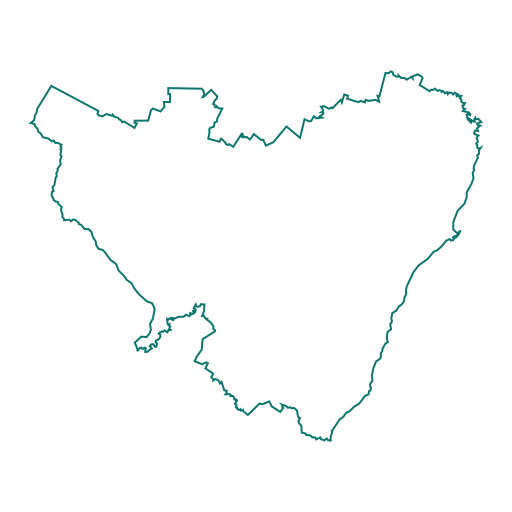 outline of Masterton District, Wellington, New Zealand
{"feature_id": "76426892B14950908560920", "entity_name": "Masterton District", "entity_type": "district", "adm_level": 2, "iso_a3": "NZL", "parent_name": "New Zealand", "parent_adm1": "Wellington", "projection": "equal_earth", "projection_center": [175.891, -40.935], "detail": "fine", "context": "isolated", "style": "outline", "palette": "teal", "viewbox_px": 512, "rotation_deg": 0, "n_neighbors": 0, "source": "geoboundaries", "source_scale": "gbopen_adm2", "svg_char_len": 6002}
<svg xmlns="http://www.w3.org/2000/svg" viewBox="0 0 512 512"><path d="M480.7,147.7L478.6,148.8L477.2,147.6L477.2,144.9L476.2,143.7L477.9,141.5L476.6,137.6L478.5,135.5L474.7,134.1L474.0,133.0L475.2,130.4L478.0,131.0L477.0,128.3L480.3,125.7L477.3,124.8L477.1,123.4L481.3,122.1L478.4,118.9L475.7,119.2L475.3,117.7L474.3,118.8L474.7,121.7L472.5,120.9L471.0,122.7L470.1,121.7L471.1,119.9L469.5,118.9L469.7,121.0L467.8,119.5L466.7,114.6L467.8,114.0L470.0,115.2L470.4,114.2L468.6,112.3L463.0,111.1L465.0,108.8L463.3,108.4L462.4,105.5L464.2,104.8L465.0,103.0L463.1,103.0L461.2,101.5L461.3,99.3L459.8,98.3L461.2,95.9L456.7,96.4L456.4,95.4L457.9,94.4L454.9,92.8L453.1,94.5L451.8,92.9L449.3,92.5L447.8,94.2L447.2,92.2L444.9,93.3L443.1,91.1L441.7,91.9L441.5,90.9L439.3,90.0L437.8,91.0L434.8,88.6L433.1,89.9L431.2,89.7L429.6,91.2L419.7,85.0L422.6,78.0L421.8,76.6L417.6,74.3L412.3,76.6L412.6,78.3L411.3,76.9L406.7,79.7L405.0,78.1L401.1,77.9L398.7,75.6L398.9,76.6L396.3,76.6L393.3,74.8L392.8,72.3L390.7,71.4L388.9,73.2L385.5,73.0L379.4,96.3L377.6,95.8L379.2,101.7L375.3,99.9L368.4,100.9L365.7,99.8L365.0,102.4L360.6,100.9L358.6,102.2L347.1,98.7L348.0,95.7L344.3,94.5L341.8,102.5L340.8,99.8L332.5,108.2L331.5,107.4L329.0,108.8L324.1,106.2L321.0,106.7L323.0,109.6L322.9,111.4L321.7,112.1L323.0,112.1L323.4,113.6L319.6,116.5L321.8,117.6L316.2,118.3L313.8,116.3L311.1,121.1L309.0,121.3L304.5,119.3L300.0,137.8L286.5,126.5L273.3,142.3L265.9,145.6L263.2,139.8L261.1,139.9L253.9,134.1L250.0,139.5L246.8,137.0L244.9,137.3L243.6,136.2L242.5,137.3L241.9,136.8L242.6,134.0L241.8,133.6L233.2,146.8L229.1,144.1L228.1,145.0L225.9,144.1L225.1,142.2L221.1,138.6L219.5,141.7L208.3,138.7L209.5,132.4L209.2,129.4L209.9,128.1L214.0,126.5L214.4,122.6L216.8,121.7L217.3,118.5L222.3,108.6L219.0,108.4L216.9,106.5L216.8,107.3L215.5,107.4L214.6,106.3L214.6,104.5L213.2,104.0L214.8,100.4L216.7,98.6L217.2,96.3L211.2,89.8L203.8,96.8L202.6,97.1L204.2,94.6L203.5,90.9L201.6,88.7L168.3,88.1L168.3,94.1L170.1,94.1L170.0,102.1L163.9,102.0L164.5,106.7L160.5,111.4L152.7,108.5L150.9,110.5L148.2,120.6L134.6,120.7L134.5,122.7L136.9,123.3L134.5,127.9L124.2,121.6L122.4,122.2L120.5,119.8L119.1,119.5L118.3,117.9L114.4,116.7L112.7,114.7L112.2,115.8L106.6,114.0L102.2,116.4L98.4,115.2L97.5,113.6L98.3,110.9L51.3,85.9L37.1,109.1L36.6,112.5L34.9,115.6L34.2,120.2L30.7,123.1L34.6,124.0L34.9,125.9L37.4,128.6L38.3,131.6L40.6,133.4L42.9,137.2L48.4,138.6L51.8,141.3L53.6,140.5L55.4,143.0L57.7,142.8L61.5,144.8L60.5,146.1L61.5,147.9L60.4,149.3L61.2,150.2L60.4,155.4L61.6,156.5L60.1,160.0L60.7,164.3L57.5,168.7L57.8,170.5L56.3,173.2L56.8,176.3L55.8,177.3L54.3,185.3L52.5,187.0L53.4,191.2L52.2,191.6L51.7,193.4L51.9,196.6L53.1,197.8L53.5,199.9L55.8,201.6L57.8,201.8L58.2,203.8L61.8,207.0L61.0,209.6L62.6,214.9L62.2,216.8L64.1,218.9L64.1,220.3L69.1,219.6L71.0,221.3L72.6,219.7L74.8,219.6L78.6,222.6L79.0,224.2L81.1,224.8L84.5,229.0L88.9,229.2L91.5,232.1L93.1,237.5L95.8,241.6L96.2,245.1L98.6,248.9L102.6,249.9L105.3,252.7L110.2,259.6L116.3,264.3L118.6,270.6L123.9,275.7L126.6,279.8L131.7,283.3L134.0,288.0L139.0,294.3L146.7,301.2L152.0,303.2L154.3,307.5L154.5,310.4L152.8,318.8L150.0,324.0L150.9,329.9L149.6,333.4L146.5,337.1L141.4,336.6L134.8,342.6L137.6,349.4L137.2,351.2L139.9,348.0L141.2,347.6L142.8,349.0L144.6,347.6L145.7,348.2L145.2,351.8L146.8,352.0L151.9,348.3L149.7,346.0L151.4,344.4L153.2,344.2L155.2,346.9L156.4,346.7L157.0,343.5L155.6,342.2L155.9,340.7L158.8,339.2L160.4,336.9L160.2,334.4L158.8,333.7L159.2,332.9L162.0,331.4L163.4,331.7L164.5,330.4L167.4,332.3L168.5,330.1L171.6,330.1L169.0,329.4L170.3,326.2L168.8,325.5L169.3,324.1L168.1,324.5L167.5,323.6L167.1,319.0L168.4,319.7L169.7,318.3L172.9,320.2L173.3,319.9L172.3,318.0L174.7,318.5L177.9,317.0L183.9,316.6L185.8,314.7L189.3,316.2L190.2,314.7L190.3,312.1L191.1,314.5L194.6,313.0L195.0,312.0L193.5,312.0L193.1,310.8L195.6,310.5L195.5,309.2L193.7,308.1L195.7,304.5L196.4,306.5L197.4,306.8L200.0,306.2L200.9,304.2L204.4,304.4L204.1,310.9L202.1,316.0L203.9,315.8L205.0,318.2L206.9,318.6L206.3,319.1L211.2,323.0L213.4,326.3L213.2,328.8L215.1,330.4L215.0,331.3L202.6,339.2L201.7,349.6L197.1,356.1L194.6,361.2L202.0,364.2L206.3,362.4L207.9,363.2L205.4,368.4L212.7,373.3L213.1,374.1L211.3,377.2L213.4,379.3L213.3,380.5L215.6,379.0L218.5,380.5L220.0,383.5L221.5,381.8L224.3,390.4L226.6,390.6L226.7,393.0L225.6,394.3L229.7,394.1L230.7,394.9L230.5,396.1L233.0,396.0L234.4,398.1L234.3,399.3L236.4,399.5L236.9,400.6L235.9,401.0L236.3,402.0L235.0,403.8L236.6,405.3L236.0,407.1L237.1,407.6L236.9,408.5L239.0,410.0L240.4,409.1L241.0,410.7L243.0,409.8L243.2,411.0L247.8,415.0L259.5,403.6L262.4,404.2L269.4,401.5L271.6,406.3L280.2,411.9L283.3,407.9L282.2,406.7L283.1,405.8L282.1,404.7L286.4,406.1L287.9,407.8L290.1,407.2L291.3,408.2L294.1,408.0L297.0,410.5L297.8,415.5L298.7,417.6L300.0,418.2L298.4,420.9L299.0,423.2L301.3,425.8L301.7,432.6L305.5,433.5L306.4,435.0L309.9,435.3L312.6,437.4L315.3,437.4L316.2,439.4L320.4,437.4L320.8,439.1L324.4,440.4L326.7,438.5L328.1,440.2L330.7,440.6L330.6,437.3L332.4,431.2L331.9,430.9L339.7,419.4L343.4,416.7L346.1,412.9L349.5,411.4L354.2,406.6L359.3,403.5L365.1,395.8L368.5,394.5L369.1,391.0L370.4,390.6L371.0,388.1L370.1,386.2L370.3,383.6L372.5,380.6L371.9,375.5L373.2,368.6L376.1,361.4L379.7,359.0L380.9,357.0L380.7,353.4L382.2,351.3L382.6,348.4L385.6,343.4L387.9,342.1L386.8,338.9L387.2,333.7L388.1,331.4L391.1,329.3L390.2,324.3L392.0,321.2L391.3,318.3L392.4,313.0L396.2,310.7L398.9,306.5L401.7,304.4L404.0,301.2L404.4,297.7L406.5,292.9L405.9,291.9L406.5,287.0L413.5,272.1L418.7,265.3L427.6,259.0L433.6,251.8L437.2,250.2L440.8,247.2L446.4,240.6L449.7,239.1L451.1,240.6L453.2,240.1L454.2,238.7L453.1,237.8L453.6,236.7L458.0,234.8L455.4,237.5L456.1,237.4L458.7,234.4L460.1,231.3L459.2,231.4L458.3,233.4L457.3,233.2L453.3,229.6L453.3,222.1L457.6,210.8L464.4,203.8L466.7,197.5L466.7,192.5L471.6,183.6L473.5,178.1L472.7,172.9L474.3,169.8L473.6,169.0L474.1,165.5L477.9,157.7L477.2,155.4L479.0,153.8L478.9,150.5L480.7,147.7Z" fill="none" stroke="#0f766e" stroke-width="2"/></svg>